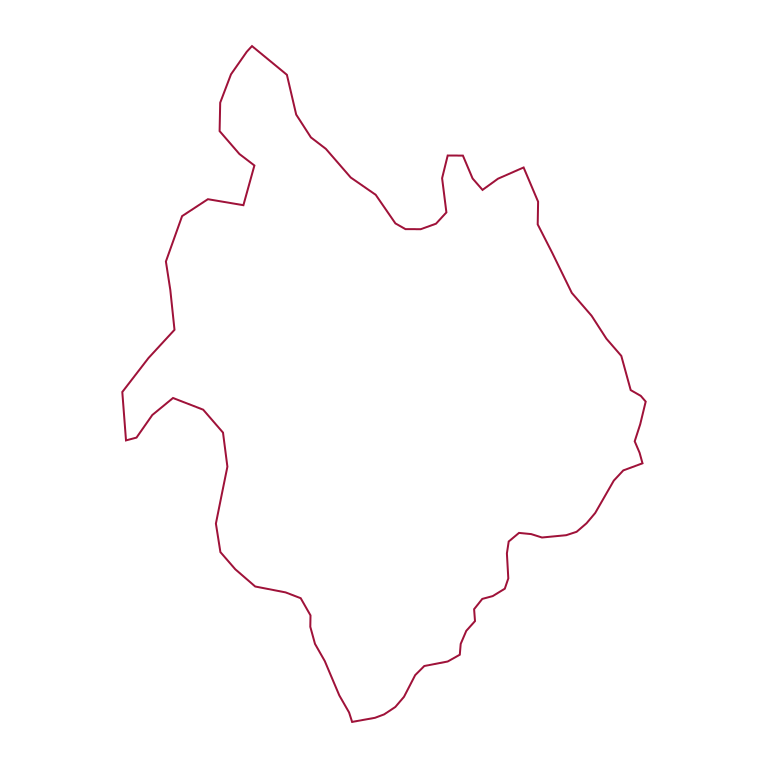 Nyongbyon, P'yŏngan-bukto, North Korea (Equal Earth projection)
{"feature_id": "82179303B72509498170942", "entity_name": "Nyongbyon", "entity_type": "district", "adm_level": 2, "iso_a3": "PRK", "parent_name": "North Korea", "parent_adm1": "P'yŏngan-bukto", "projection": "equal_earth", "projection_center": [125.784, 39.823], "detail": "fine", "context": "isolated", "style": "outline", "palette": "rose", "viewbox_px": 768, "rotation_deg": 0, "n_neighbors": 0, "source": "geoboundaries", "source_scale": "gbopen_adm2", "svg_char_len": 1334}
<svg xmlns="http://www.w3.org/2000/svg" viewBox="0 0 768 768"><path d="M480.7,600.9L482.3,598.9L492.7,596.1L504.8,588.7L508.3,578.4L506.9,553.4L508.7,541.5L519.0,532.9L531.2,534.1L542.0,537.5L566.2,535.2L576.6,531.8L586.5,523.3L595.2,513.0L613.8,480.6L623.3,470.4L642.5,463.3L639.6,452.8L634.7,441.3L640.2,424.3L645.7,401.6L640.8,395.9L630.7,390.1L626.0,373.0L621.3,355.9L606.4,338.7L591.6,315.8L571.8,292.9L552.3,253.0L537.7,224.4L538.1,201.7L523.6,167.5L518.5,169.7L498.0,178.7L482.5,189.9L472.6,178.5L462.9,155.6L447.7,155.5L442.1,178.2L446.4,212.4L436.0,223.7L420.7,229.2L405.4,229.1L395.4,223.4L375.7,194.8L350.7,177.5L325.9,148.9L310.9,137.4L296.2,114.6L286.9,74.8L252.0,46.1L250.4,47.8L246.8,51.7L231.0,74.3L220.2,102.7L219.6,131.1L239.4,154.0L254.4,165.5L243.4,205.2L207.9,199.2L182.1,216.1L165.9,261.5L170.3,289.9L174.5,329.8L148.5,358.0L122.3,392.0L126.0,440.4L136.5,437.6L152.3,415.0L173.0,398.0L203.2,409.7L223.0,432.6L227.4,466.7L221.6,495.2L215.9,523.6L220.4,552.1L235.3,569.3L255.2,586.5L285.6,592.4L300.7,598.2L310.5,615.4L310.3,626.8L315.0,643.9L324.8,661.1L329.6,672.5L339.3,695.4L349.1,712.5L352.1,721.9L375.0,717.8L384.1,714.4L395.3,707.0L404.0,696.8L415.2,675.1L424.3,666.0L447.7,661.5L459.8,654.7L460.7,643.9L466.3,630.8L475.0,621.1L474.1,609.2L480.7,600.9Z" fill="none" stroke="#9f1239" stroke-width="2"/></svg>